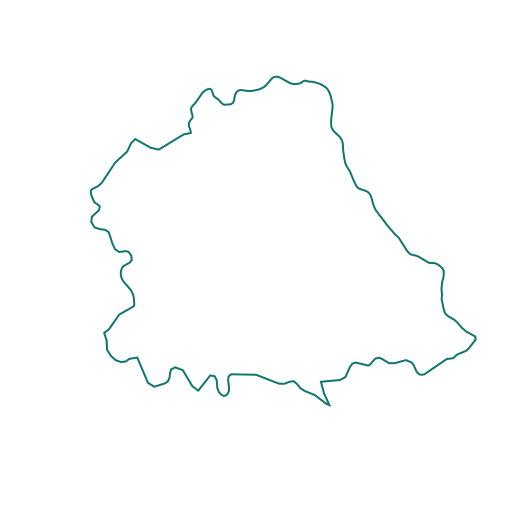 SVG path tracing the border of Nièvre, rotated 158°
{"feature_id": "FRA-5329", "entity_name": "Nièvre", "entity_type": "Metropolitan department", "adm_level": 1, "iso_a3": "FRA", "parent_name": "France", "parent_adm1": "", "projection": "mercator", "projection_center": [3.438, 47.114], "detail": "fine", "context": "isolated", "style": "outline", "palette": "teal", "viewbox_px": 512, "rotation_deg": 158, "n_neighbors": 0, "source": "natural_earth", "source_scale": "10m", "svg_char_len": 3133}
<svg xmlns="http://www.w3.org/2000/svg" viewBox="0 0 512 512"><g transform="rotate(158 256 256)"><path d="M399.3,172.9L403.7,178.9L404.1,206.3L412.0,208.1L416.4,207.0L420.9,208.3L425.0,211.8L427.9,217.6L429.2,224.9L426.1,233.9L425.6,241.5L419.7,243.2L404.8,252.9L388.2,255.2L386.9,256.8L384.7,263.9L384.4,267.6L384.9,271.6L388.5,282.1L388.9,286.0L388.3,289.5L386.9,292.5L385.0,294.8L382.8,296.3L375.8,297.1L372.7,298.8L371.5,303.3L372.6,307.6L375.1,309.4L381.2,310.9L384.1,315.0L384.5,320.8L383.6,333.2L386.0,336.7L390.7,339.4L395.0,343.0L396.0,349.3L393.3,354.0L384.6,357.2L382.4,360.1L382.5,361.4L385.5,366.1L385.8,367.0L385.9,373.9L385.4,376.7L384.4,378.7L382.8,379.4L376.5,379.9L371.8,381.5L351.5,395.4L336.3,401.1L329.8,407.2L324.2,409.7L313.0,395.7L306.3,391.1L277.5,395.8L270.4,394.5L269.9,396.0L269.6,398.4L269.6,401.2L268.4,404.5L266.1,406.3L263.0,408.0L262.2,410.5L262.0,413.4L261.0,417.2L258.6,419.0L255.2,420.4L244.6,427.3L241.7,428.4L238.4,428.8L235.9,428.2L234.9,426.4L235.1,424.2L235.3,421.9L235.0,419.6L233.7,417.3L232.2,415.1L230.5,410.3L229.0,408.2L222.5,406.1L219.9,406.7L218.1,408.4L215.2,413.1L212.5,415.4L210.0,416.0L207.7,415.5L202.4,412.4L198.5,410.7L191.6,409.4L187.4,409.4L184.1,409.9L174.0,415.0L171.0,415.0L168.3,413.8L166.3,411.7L159.6,403.4L156.6,401.2L152.1,399.8L149.1,399.7L146.6,400.4L145.2,400.3L144.1,399.8L142.1,398.2L137.3,395.8L132.3,391.7L128.7,387.1L127.6,385.0L127.2,383.7L126.9,382.1L126.7,380.3L126.8,376.7L128.0,368.9L128.2,367.9L129.5,364.8L135.5,353.8L137.0,350.0L137.8,347.3L137.6,344.6L137.3,343.3L136.9,341.9L134.2,336.2L133.6,334.4L133.0,331.4L133.1,329.5L133.4,327.8L135.6,321.3L137.7,312.9L138.4,308.9L138.4,306.1L138.0,303.2L137.2,298.8L137.2,289.4L136.6,282.4L136.1,281.2L135.4,280.3L134.6,279.3L129.7,275.1L128.5,273.7L127.3,271.1L127.1,268.3L127.3,265.1L128.0,259.5L128.0,256.6L127.8,253.8L126.1,247.2L125.6,245.8L122.6,234.6L118.9,223.8L117.1,220.1L116.7,218.9L114.3,205.5L113.4,202.3L112.2,199.9L111.2,198.9L107.0,196.0L105.3,194.2L98.8,185.6L98.0,184.8L96.9,184.1L94.3,183.1L93.2,182.5L92.1,181.7L91.0,180.5L89.8,178.8L88.2,175.7L87.7,173.7L87.5,172.1L87.9,170.8L90.1,166.0L93.2,162.1L96.2,156.3L96.9,154.4L97.2,153.2L98.0,150.6L99.8,147.0L100.2,145.6L102.1,135.2L102.0,132.3L101.6,130.4L100.4,128.2L96.0,122.5L94.5,119.6L92.2,112.7L89.4,107.3L87.6,105.1L82.8,99.1L83.5,97.6L83.6,96.2L94.0,90.3L96.4,89.4L106.2,89.3L111.5,87.4L117.9,89.0L144.3,83.2L147.0,83.8L149.3,85.5L150.4,88.4L150.7,95.7L151.5,98.9L156.0,103.3L167.7,104.7L172.8,106.8L177.6,113.2L179.9,115.5L183.8,116.2L191.3,112.5L192.9,112.3L203.4,119.8L206.9,120.1L210.4,118.0L218.4,110.3L224.5,109.5L242.9,115.1L244.4,102.8L243.8,90.3L246.1,92.5L253.6,105.1L261.5,112.7L264.3,116.8L265.9,121.8L268.0,125.8L271.9,126.8L277.5,126.9L282.5,129.0L300.5,145.9L323.0,155.5L325.2,155.3L327.1,153.8L328.5,150.9L330.3,144.0L331.6,141.1L333.8,138.9L336.3,137.9L338.5,138.5L340.2,140.4L341.4,143.8L341.3,148.1L339.0,155.4L339.3,159.9L343.1,162.4L360.0,152.8L363.8,159.2L366.6,177.5L372.6,183.0L377.1,182.7L379.5,179.8L381.5,175.9L384.6,172.8L388.0,172.0L399.3,172.9Z" fill="none" stroke="#0f766e" stroke-width="2"/></g></svg>